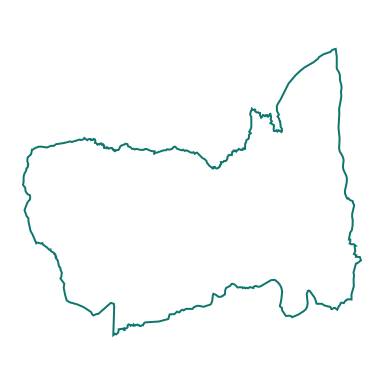 the district of Thap Than, Uthai Thani, Thailand
{"feature_id": "78962969B50893667221892", "entity_name": "Thap Than", "entity_type": "district", "adm_level": 2, "iso_a3": "THA", "parent_name": "Thailand", "parent_adm1": "Uthai Thani", "projection": "equal_earth", "projection_center": [99.816, 15.505], "detail": "fine", "context": "isolated", "style": "outline", "palette": "teal", "viewbox_px": 384, "rotation_deg": 0, "n_neighbors": 0, "source": "geoboundaries", "source_scale": "gbopen_adm2", "svg_char_len": 5989}
<svg xmlns="http://www.w3.org/2000/svg" viewBox="0 0 384 384"><path d="M335.7,48.9L332.5,49.8L330.4,51.9L323.4,54.3L319.0,57.1L317.9,58.8L313.7,62.1L304.7,67.3L300.4,70.7L295.4,75.4L288.5,83.6L280.8,99.0L277.6,104.3L276.7,106.9L277.0,108.6L276.8,109.7L277.2,111.4L278.9,114.7L277.5,116.5L279.0,118.4L279.4,120.2L280.2,121.3L279.9,122.1L280.4,123.0L280.4,124.5L280.7,125.0L280.5,126.5L282.0,129.0L281.6,130.1L282.0,130.6L281.5,132.0L278.5,130.2L277.5,131.6L277.0,131.4L276.4,130.3L274.8,131.1L273.8,130.9L273.6,128.6L274.1,125.3L270.4,123.0L271.9,121.2L270.7,119.6L271.1,117.1L270.4,113.9L269.9,114.0L268.8,116.1L267.9,116.7L267.2,116.2L267.1,115.1L265.6,115.2L265.0,116.2L263.0,115.0L262.0,117.0L261.2,117.7L260.7,116.3L260.1,115.6L260.0,113.0L259.0,113.1L258.2,112.3L257.0,112.5L255.2,111.4L255.4,110.1L254.9,109.5L253.3,109.9L251.9,108.8L251.8,110.3L251.1,110.7L250.1,114.3L251.3,117.1L251.3,126.9L250.7,129.1L249.2,131.8L250.8,133.2L249.1,134.6L248.8,138.2L248.1,139.2L246.5,140.0L246.0,142.5L245.2,143.4L245.1,148.9L244.3,149.1L243.9,148.4L243.4,149.1L242.9,148.7L242.1,149.4L242.1,149.9L241.5,150.1L238.8,148.9L237.6,150.4L236.5,151.0L236.3,150.8L236.1,151.5L235.2,150.8L234.2,151.1L234.1,150.6L233.5,150.5L232.9,151.7L232.2,152.0L231.8,155.1L229.7,154.8L228.5,155.2L228.4,155.9L227.5,156.7L227.4,158.7L226.6,160.1L225.7,161.1L224.2,160.9L223.0,162.2L220.9,162.1L221.0,164.3L220.0,165.1L219.8,166.6L219.3,166.7L218.6,167.7L216.9,168.5L215.3,168.0L214.8,166.9L213.7,167.0L213.2,168.5L212.5,168.4L212.3,167.6L211.9,167.7L209.3,165.7L206.9,162.6L206.4,160.9L204.5,159.0L202.6,158.2L197.1,152.7L196.1,152.8L194.7,153.8L193.5,152.2L192.5,152.7L191.0,152.6L186.5,150.3L184.6,150.9L183.3,149.7L181.9,150.3L178.8,149.4L176.9,148.6L175.9,147.3L175.0,146.7L174.3,146.7L173.1,147.4L172.7,148.3L171.8,149.0L169.3,149.6L167.0,149.3L166.1,150.2L163.3,150.4L156.3,152.8L154.9,152.8L154.2,153.8L154.0,153.7L154.6,151.3L151.5,151.1L146.4,149.0L144.4,149.2L143.9,149.8L140.7,149.9L136.5,148.9L134.5,149.4L133.7,148.8L132.2,148.9L129.9,146.9L128.2,146.4L127.4,144.1L125.3,143.7L124.6,144.4L121.2,145.6L120.2,146.6L118.8,149.7L117.8,150.1L116.9,149.9L115.0,151.2L114.2,150.7L114.8,150.0L113.4,149.4L112.9,149.6L112.6,149.2L112.6,148.6L112.0,148.0L111.1,147.9L108.8,148.6L107.7,147.5L106.9,148.2L106.5,147.7L106.3,148.1L104.0,147.9L103.8,146.5L104.2,146.6L104.4,146.1L103.3,144.3L102.8,144.2L102.8,144.6L102.0,144.9L101.0,143.4L99.9,143.7L99.5,144.4L98.2,144.1L97.5,144.7L96.2,143.1L94.9,142.8L95.4,140.8L94.9,139.4L93.5,139.0L93.2,139.8L91.0,140.1L90.7,139.9L90.6,139.0L88.3,139.2L87.2,140.2L84.3,138.0L83.6,139.2L81.4,140.0L79.5,139.6L71.7,142.0L70.3,141.4L63.5,143.1L56.1,144.2L53.5,146.0L51.4,145.7L46.8,147.5L41.6,146.7L38.7,146.7L35.5,147.9L32.5,149.8L32.0,149.7L31.1,154.2L27.6,157.6L27.3,161.2L28.3,164.3L27.8,164.9L28.0,165.8L27.6,167.5L27.0,167.8L26.2,169.3L26.2,170.5L24.5,173.5L23.8,175.8L23.6,177.4L23.6,182.1L23.0,184.4L23.2,185.2L25.2,187.7L25.5,190.9L26.0,192.0L27.7,194.3L29.6,195.0L30.2,196.5L30.0,199.4L27.5,202.3L24.5,210.1L26.7,216.3L28.4,218.2L28.5,221.5L30.5,230.9L32.6,234.6L36.1,243.0L36.4,242.4L41.2,243.6L42.3,243.1L43.0,244.6L46.8,247.3L49.1,249.6L50.5,249.5L50.4,250.3L51.3,251.4L54.0,252.9L54.3,254.0L55.2,254.1L55.4,256.0L55.8,255.9L56.3,257.0L56.2,257.7L55.8,257.6L55.8,257.9L56.7,259.4L57.2,259.5L57.9,261.1L59.1,266.6L60.2,267.5L60.6,270.0L61.8,272.6L61.4,276.2L60.8,278.3L60.5,278.6L64.3,283.7L63.7,287.7L65.1,294.9L66.7,300.4L69.4,302.2L77.0,304.3L83.6,307.1L90.9,311.9L92.7,315.0L93.4,315.4L96.7,314.0L98.3,313.9L110.8,302.9L113.8,303.8L114.2,306.4L113.3,335.1L115.1,333.7L116.1,334.4L117.9,333.0L118.6,330.9L118.6,329.3L122.9,328.7L123.7,329.8L124.5,330.1L124.6,328.2L125.7,328.6L127.1,327.9L127.7,327.1L127.5,325.7L128.5,324.4L129.8,324.7L130.7,325.8L131.7,325.0L133.0,325.6L133.6,324.6L134.1,325.7L134.6,325.8L135.4,325.0L137.2,324.6L137.9,325.3L138.8,325.0L140.0,326.1L141.7,325.6L142.8,324.7L143.2,325.0L144.1,323.1L145.2,322.4L159.0,321.5L168.3,319.0L169.6,314.4L174.4,314.1L177.0,311.6L178.8,312.4L179.7,312.1L180.4,310.9L182.4,309.7L183.5,310.4L186.0,308.9L192.5,308.9L193.9,307.2L197.2,305.8L199.4,305.9L203.5,306.8L210.2,304.6L211.1,303.9L212.2,300.9L212.8,295.5L213.4,293.8L215.9,294.8L218.4,296.8L220.9,296.8L223.2,295.6L223.6,295.0L224.9,294.5L225.3,289.8L226.2,287.9L230.2,285.8L231.6,283.9L233.1,283.9L235.0,284.8L237.6,287.5L239.7,287.2L242.5,287.4L242.9,288.1L244.4,287.6L245.4,288.3L246.4,287.7L248.0,288.3L249.9,287.1L253.4,288.0L253.6,287.0L255.2,286.0L256.1,286.0L257.7,286.7L260.0,286.6L271.2,280.1L274.8,279.9L277.7,282.2L279.6,284.4L281.2,287.3L282.2,291.5L281.3,299.4L280.5,303.7L279.9,305.4L280.1,306.6L281.9,307.8L281.9,309.4L282.5,310.9L286.0,316.0L289.5,315.7L290.9,316.1L292.1,317.2L298.5,314.5L303.5,311.3L305.7,309.4L307.0,307.1L307.7,303.2L306.7,294.0L307.6,292.0L307.8,290.9L308.8,290.6L309.7,290.9L314.0,296.8L315.0,298.5L316.4,303.2L316.9,303.8L322.0,303.8L324.2,305.4L328.5,306.6L329.7,306.5L330.9,307.7L331.3,309.0L332.1,309.1L334.0,307.9L335.0,307.9L337.2,309.7L338.9,306.1L340.0,305.0L340.7,303.0L341.7,302.6L343.8,303.2L345.0,301.2L346.0,300.6L346.4,299.8L347.5,299.7L347.9,299.2L351.5,299.5L351.5,294.2L353.8,286.3L353.6,279.5L354.0,275.3L353.5,272.6L355.9,263.7L357.5,263.1L361.0,260.3L359.8,257.0L355.9,256.8L356.3,255.2L355.3,255.0L354.9,254.2L354.0,254.0L355.3,251.2L354.6,246.4L355.8,245.9L353.8,244.2L351.3,244.3L349.6,243.5L350.2,242.1L350.3,239.7L348.9,239.6L350.2,232.6L351.8,230.3L352.6,225.5L352.7,219.9L352.1,216.6L352.2,213.8L354.2,205.3L353.1,203.2L352.9,201.6L352.5,201.0L350.2,200.2L348.2,198.2L347.6,198.7L346.9,198.3L345.0,193.5L344.9,191.0L346.7,182.7L346.9,178.5L346.2,175.5L343.7,170.4L343.2,168.6L342.9,166.5L343.6,160.5L343.3,158.3L342.3,155.8L339.8,151.5L339.1,148.4L339.6,138.4L338.5,128.1L339.3,113.9L339.1,109.0L341.1,98.1L341.3,96.1L341.0,91.5L341.6,87.9L341.3,84.9L340.0,80.2L339.8,74.6L339.0,72.4L337.4,69.8L336.7,68.1L336.8,57.1L335.7,48.9Z" fill="none" stroke="#0f766e" stroke-width="2"/></svg>